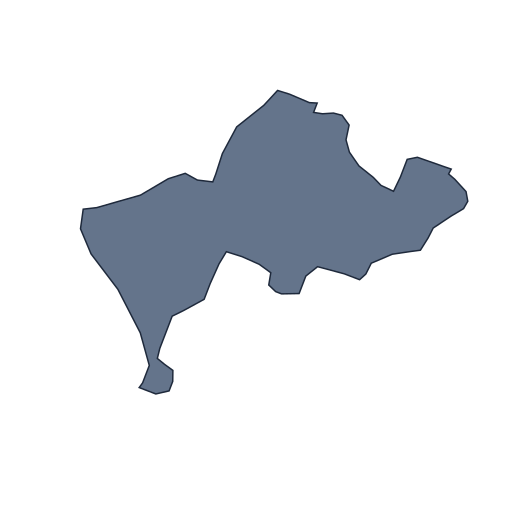 the border of Brvenica, rotated 111°
{"feature_id": "MKD-2961", "entity_name": "Brvenica", "entity_type": "Statistical Region", "adm_level": 1, "iso_a3": "MKD", "parent_name": "North Macedonia", "parent_adm1": "", "projection": "albers", "projection_center": [21.041, 41.872], "detail": "fine", "context": "isolated", "style": "filled", "palette": "slate", "viewbox_px": 512, "rotation_deg": 111, "n_neighbors": 0, "source": "natural_earth", "source_scale": "10m", "svg_char_len": 1130}
<svg xmlns="http://www.w3.org/2000/svg" viewBox="0 0 512 512"><g transform="rotate(111 256 256)"><path d="M191.7,104.6L196.3,113.1L205.5,129.4L221.4,145.8L233.5,147.0L241.0,150.8L241.0,167.2L243.9,194.7L256.9,202.3L267.2,202.3L275.6,202.3L282.2,218.6L282.2,224.9L278.5,233.7L266.3,236.2L262.6,250.0L261.6,268.8L262.6,285.2L276.6,287.7L298.2,288.9L315.0,288.9L332.8,304.0L342.2,312.7L358.1,312.7L376.7,312.7L387.0,311.4L389.9,302.6L392.6,292.6L402.9,288.8L413.1,288.8L420.7,300.1L420.7,317.9L415.1,316.4L396.4,316.4L369.2,336.5L336.6,373.0L313.2,410.7L293.5,429.6L274.2,434.1L267.9,422.0L255.6,405.7L240.6,385.7L215.3,365.6L204.2,351.7L206.1,337.9L202.3,322.9L193.9,322.9L172.4,324.1L142.4,320.3L112.5,302.7L101.8,298.4L93.7,295.2L92.9,282.6L93.7,261.2L91.3,253.7L99.4,253.7L101.3,253.7L99.4,244.9L94.8,234.9L93.8,226.1L100.4,216.0L115.3,213.6L125.6,206.0L135.0,192.2L140.6,174.6L145.3,164.6L146.3,150.8L130.4,149.5L111.6,149.5L106.0,140.7L105.2,113.1L104.9,104.9L110.4,105.6L113.1,98.0L120.6,83.0L129.0,77.9L137.4,79.2L148.6,88.0L166.4,100.6L177.5,101.8L191.7,104.6Z" fill="#64748b" stroke="#1e293b" stroke-width="1.5"/></g></svg>